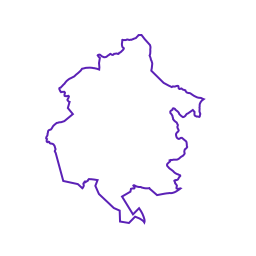 outline of San Mateo Piñas, Oaxaca, Mexico, rotated 38°
{"feature_id": "50627088B69367718674541", "entity_name": "San Mateo Piñas", "entity_type": "district", "adm_level": 2, "iso_a3": "MEX", "parent_name": "Mexico", "parent_adm1": "Oaxaca", "projection": "robinson", "projection_center": [-96.334, 15.975], "detail": "fine", "context": "isolated", "style": "outline", "palette": "violet", "viewbox_px": 256, "rotation_deg": 38, "n_neighbors": 0, "source": "geoboundaries", "source_scale": "gbopen_adm2", "svg_char_len": 5746}
<svg xmlns="http://www.w3.org/2000/svg" viewBox="0 0 256 256"><g transform="rotate(38 128 128)"><path d="M169.9,58.7L168.6,59.1L167.7,59.2L166.8,59.5L165.9,60.1L165.0,60.7L163.6,61.3L162.7,61.5L160.4,62.0L158.0,62.2L157.3,62.2L156.0,62.3L155.1,62.5L154.3,63.1L153.6,63.4L153.0,63.7L152.3,63.8L151.5,63.7L150.6,63.4L150.0,63.0L148.6,63.5L147.8,63.9L146.7,64.0L146.2,63.9L145.7,64.0L145.4,64.4L145.0,65.1L144.5,65.6L143.5,65.5L142.4,64.4L141.8,64.0L141.2,64.2L140.7,64.7L140.2,65.2L139.8,66.0L139.3,66.6L138.7,67.0L138.2,67.4L137.8,67.5L137.3,68.8L135.4,69.2L134.2,69.5L128.3,70.5L111.1,68.5L110.6,67.7L110.3,67.0L110.0,66.4L109.4,65.4L107.6,62.5L106.9,61.8L105.0,60.5L104.0,60.1L103.4,59.5L102.3,58.7L100.8,57.8L100.4,57.6L100.2,56.8L99.7,55.7L98.1,53.4L97.4,52.7L96.2,50.8L95.7,50.2L94.3,49.1L86.5,47.7L81.4,46.4L79.1,48.3L79.1,49.6L78.9,51.0L78.9,52.0L78.7,52.4L78.3,53.1L77.6,54.1L77.5,54.6L77.1,55.0L76.5,56.3L76.0,56.5L74.9,57.8L73.5,58.4L72.8,58.8L72.1,60.1L70.0,61.7L69.4,61.9L69.3,62.2L69.7,62.7L70.7,64.2L71.0,64.8L71.5,65.6L72.2,66.4L73.4,67.4L74.1,67.7L74.8,67.7L75.1,67.6L75.5,67.7L75.9,68.1L75.9,68.7L76.0,69.7L75.7,71.3L75.7,72.0L75.4,73.0L75.2,73.7L74.8,74.1L74.9,74.8L74.9,75.4L74.6,75.8L73.3,76.2L72.4,77.1L71.7,77.9L71.4,78.1L71.3,78.7L71.3,79.3L71.0,79.7L70.7,80.0L70.2,80.2L68.5,80.4L68.2,81.1L68.1,81.9L67.8,82.8L67.5,83.5L67.4,84.3L67.2,85.1L66.8,85.8L66.0,86.6L65.6,87.0L65.2,87.1L63.9,87.4L63.4,87.6L60.9,87.5L60.1,87.9L59.4,89.0L59.4,89.4L61.2,90.0L62.7,90.1L65.2,94.7L68.1,97.8L69.3,99.7L68.1,100.1L66.9,100.5L64.6,101.6L63.7,102.2L62.8,102.6L60.8,103.9L57.7,106.6L56.5,108.2L55.3,109.6L55.4,111.9L54.9,115.1L54.2,118.1L53.9,120.4L52.2,124.1L51.6,125.2L51.2,126.5L50.7,128.7L50.6,130.9L50.7,132.1L50.4,133.8L50.3,135.5L50.2,136.1L50.1,137.2L50.1,137.6L49.7,138.1L49.5,138.5L49.4,138.9L49.8,139.5L50.4,139.9L51.1,140.2L51.6,140.3L52.1,140.8L52.7,140.9L53.2,141.0L53.9,140.1L55.5,138.7L56.4,138.9L56.7,139.1L57.3,140.7L57.8,141.3L58.3,141.7L58.7,141.6L59.7,141.0L60.7,140.0L61.1,139.4L61.7,139.4L62.0,139.5L62.3,140.3L62.6,141.2L62.7,142.2L62.9,143.1L63.4,143.4L65.1,143.7L65.9,143.4L68.3,149.3L76.0,151.0L73.6,161.8L71.8,164.5L70.1,166.1L69.5,167.1L68.7,167.9L68.0,171.0L67.8,172.8L68.1,174.6L68.2,176.0L68.1,176.8L67.4,177.7L67.0,178.4L66.9,179.1L67.0,179.7L67.8,181.1L68.2,182.2L68.7,182.7L68.8,183.0L69.1,183.6L69.2,184.8L69.2,185.0L69.4,185.6L69.7,186.4L70.3,186.6L71.0,186.6L71.2,187.3L72.0,188.5L72.5,188.8L72.9,188.8L73.2,188.7L73.5,188.6L73.7,187.8L74.0,187.7L74.5,187.5L74.8,187.6L75.2,187.9L75.8,188.1L76.8,187.8L77.6,187.2L79.0,186.8L79.5,186.8L80.3,187.1L81.3,187.4L83.3,188.9L83.6,189.0L84.0,189.4L84.3,190.5L84.4,191.0L84.6,191.4L86.4,192.2L109.6,209.6L123.0,203.1L128.3,203.5L129.1,203.6L129.2,202.8L128.9,201.3L128.6,200.6L128.3,200.2L127.3,199.6L127.0,199.1L127.1,198.6L127.0,198.1L126.9,197.7L127.0,196.6L127.3,196.4L127.7,196.4L127.9,196.6L128.3,195.5L128.6,194.8L128.8,194.2L128.5,193.3L128.7,192.2L129.2,192.0L130.4,191.1L133.0,189.5L136.1,187.8L137.9,193.7L145.7,197.9L166.1,199.8L172.3,198.2L179.3,206.6L187.2,202.3L188.2,193.5L192.8,192.2L194.7,192.0L196.3,191.9L197.9,192.0L199.0,192.4L198.7,191.6L198.1,190.8L197.2,189.9L194.9,188.3L192.3,186.8L189.6,185.6L186.1,184.4L185.1,193.0L165.5,185.7L169.1,176.7L167.8,174.1L168.9,172.7L170.0,172.0L170.1,171.5L170.0,171.0L169.6,170.7L169.3,170.4L168.7,170.3L167.7,170.1L167.7,169.7L168.2,169.3L169.8,169.0L170.8,168.8L172.9,167.8L174.0,166.9L174.5,166.6L175.4,166.5L176.2,166.1L177.8,165.4L179.3,164.5L181.2,163.0L181.8,162.2L183.1,162.6L184.6,162.6L192.2,163.0L197.1,157.4L198.9,155.5L199.9,154.6L200.6,153.8L202.1,152.8L203.1,151.7L204.3,149.9L205.1,148.1L206.3,144.5L206.6,143.3L206.3,143.4L205.5,144.6L204.9,145.1L204.1,145.5L203.4,145.7L202.8,145.0L202.2,143.6L202.0,143.3L200.7,142.8L199.3,142.6L198.7,142.1L198.4,141.7L197.9,141.6L197.0,141.1L197.0,140.7L197.2,140.3L197.8,139.4L198.2,139.3L198.6,138.7L198.9,138.2L199.0,137.6L198.9,137.2L198.7,135.8L198.6,135.3L198.7,134.1L198.7,133.6L198.2,133.2L197.7,133.4L196.6,133.6L195.7,133.8L195.4,134.0L194.1,134.3L193.3,134.4L192.3,134.5L191.1,134.4L190.3,134.2L189.3,134.2L188.2,134.2L185.9,134.3L184.7,134.2L184.0,134.0L183.0,133.9L182.5,133.8L181.9,133.5L181.3,132.8L181.1,132.2L181.2,131.3L181.4,129.7L181.7,128.7L181.6,128.0L181.4,127.6L180.9,127.6L181.3,126.9L181.7,126.6L182.3,126.2L183.6,124.7L184.6,124.0L185.9,122.9L186.4,122.3L187.0,120.9L187.5,118.3L187.9,117.2L188.4,116.0L188.5,113.9L188.2,113.0L187.6,112.6L187.0,112.1L186.5,111.2L186.1,110.4L186.0,109.4L186.3,108.7L186.4,107.8L186.4,106.9L186.3,106.5L185.9,106.3L185.4,105.9L184.4,104.7L183.6,103.9L182.8,103.1L181.7,102.7L179.7,102.7L177.7,102.6L176.5,102.6L175.7,103.3L175.4,104.2L175.0,105.1L174.5,105.5L173.7,105.6L172.9,105.6L172.1,105.4L171.6,105.1L171.2,104.8L170.6,104.4L170.2,103.9L169.6,103.3L169.4,102.5L169.4,101.1L169.5,100.6L169.7,99.9L169.5,99.1L169.4,98.7L168.3,98.0L167.6,97.8L166.2,96.8L165.8,95.5L165.5,95.1L165.3,94.8L164.2,94.4L163.8,94.1L162.8,93.7L161.8,93.8L160.9,93.8L160.2,93.7L159.5,93.7L158.9,93.4L158.3,93.4L157.6,92.7L157.0,92.2L156.3,91.8L155.6,91.1L153.9,90.4L152.2,90.1L151.3,89.2L151.1,88.3L151.3,87.5L151.6,86.9L151.8,86.2L151.6,85.9L151.3,85.1L151.8,84.4L152.8,84.1L153.5,84.1L154.0,84.4L157.1,84.4L158.1,84.6L158.8,84.8L159.7,85.4L161.8,85.7L163.6,85.7L164.6,85.6L165.1,85.0L165.5,84.0L165.7,83.1L165.6,82.1L165.6,80.8L166.3,79.5L168.0,73.9L170.6,74.4L171.1,75.2L172.0,76.4L172.6,76.9L173.1,77.1L174.2,76.9L175.1,76.7L175.8,76.1L176.7,75.7L177.4,75.3L177.4,74.7L177.0,74.0L176.3,72.4L175.1,71.6L174.4,71.2L173.9,70.7L173.3,69.8L172.6,68.8L172.2,68.3L171.8,68.0L171.2,66.9L170.3,65.8L169.8,64.9L169.5,63.8L169.3,62.8L169.3,60.9L169.9,58.7Z" fill="none" stroke="#5b21b6" stroke-width="2"/></g></svg>